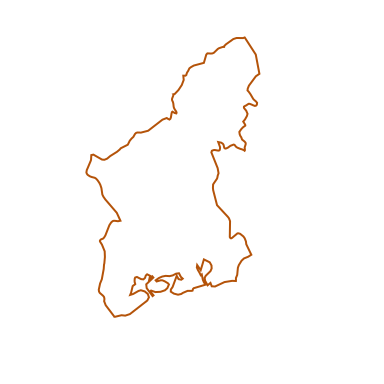 Las Tunas, Equal Earth projection, rotated 140°
{"feature_id": "CUB-1368", "entity_name": "Las Tunas", "entity_type": "Province", "adm_level": 1, "iso_a3": "CUB", "parent_name": "Cuba", "parent_adm1": "", "projection": "equal_earth", "projection_center": [-77.037, 21.068], "detail": "fine", "context": "isolated", "style": "outline", "palette": "amber", "viewbox_px": 384, "rotation_deg": 140, "n_neighbors": 0, "source": "natural_earth", "source_scale": "10m", "svg_char_len": 4242}
<svg xmlns="http://www.w3.org/2000/svg" viewBox="0 0 384 384"><g transform="rotate(140 192 192)"><path d="M215.6,95.6L218.3,98.1L225.0,102.1L235.1,104.8L237.5,107.1L236.3,110.5L240.0,110.5L239.0,115.6L237.5,118.1L235.3,119.0L228.7,119.5L226.1,120.8L224.3,123.2L223.6,126.7L226.2,132.7L235.6,126.5L235.0,132.7L236.8,131.1L237.6,128.5L238.1,125.5L238.8,122.6L237.5,122.6L240.1,117.8L240.9,115.3L241.2,112.3L252.5,117.2L253.5,117.1L255.0,116.1L255.8,116.5L258.9,119.1L263.9,120.6L265.8,120.8L268.7,122.3L271.2,125.8L272.3,129.3L270.9,130.9L267.9,131.7L257.6,137.6L258.3,133.9L256.6,131.7L254.8,131.6L255.1,134.2L254.2,138.1L256.7,139.7L260.4,140.5L263.3,142.0L266.1,144.7L269.2,146.4L272.7,147.4L276.6,147.7L276.6,146.2L272.6,144.4L271.4,143.3L270.3,141.1L269.1,137.6L269.1,136.0L272.7,134.2L275.9,134.1L280.3,135.8L284.4,138.9L286.7,142.8L287.9,142.8L287.9,137.6L289.1,137.6L288.5,147.5L286.4,150.7L276.6,151.3L276.6,152.9L280.4,152.9L278.6,154.3L277.9,154.6L279.3,157.8L281.1,157.7L283.2,156.4L285.4,156.3L287.0,158.0L288.8,162.3L290.5,163.0L291.5,162.5L292.7,161.3L293.8,159.9L294.3,158.7L294.7,157.9L295.8,157.9L297.0,158.1L298.0,158.0L303.4,154.0L305.5,152.9L302.6,151.7L296.6,150.6L294.3,149.6L292.1,146.2L291.4,142.3L292.7,139.0L296.0,137.6L318.1,138.4L322.6,140.2L325.2,142.9L331.2,145.9L331.7,146.4L331.6,146.7L330.9,160.7L329.5,164.8L328.6,165.6L327.8,166.4L326.9,168.0L326.8,169.6L327.5,174.0L327.2,175.5L326.2,177.1L321.2,181.0L317.2,183.1L309.1,189.8L306.1,192.9L305.0,193.7L300.5,198.2L297.0,202.7L294.8,209.6L294.3,213.3L293.7,214.0L292.4,214.2L291.5,214.0L290.4,213.5L288.7,213.6L286.3,214.4L276.6,219.7L273.6,220.6L272.3,220.7L271.2,220.6L270.4,220.2L269.4,219.3L267.5,217.2L265.3,216.0L263.0,224.4L263.2,241.9L262.9,245.3L262.3,247.7L258.9,253.2L257.6,256.5L257.1,258.7L256.8,261.9L256.9,263.9L257.3,265.3L259.3,268.1L260.2,269.8L260.9,272.2L260.8,273.7L260.3,274.9L258.4,276.5L256.7,277.3L249.3,281.1L248.5,281.7L245.4,285.0L243.5,284.0L240.1,274.7L238.4,273.0L235.6,272.1L231.5,272.1L223.6,271.0L220.0,271.0L218.5,271.3L210.8,269.5L206.7,271.3L203.9,271.8L201.5,271.9L198.4,273.1L196.8,273.2L195.6,272.7L192.9,270.3L186.2,267.1L168.1,266.4L163.8,264.9L163.4,263.5L162.7,262.0L161.5,262.0L160.1,262.8L157.2,265.3L156.0,266.1L155.3,266.1L154.5,263.7L153.5,262.3L152.9,262.6L152.4,263.7L152.1,266.4L151.8,267.8L151.3,269.0L149.5,271.7L148.8,273.1L148.4,274.6L148.2,275.2L147.8,275.8L147.1,276.4L144.2,278.0L143.4,278.7L143.4,278.8L142.2,278.2L136.9,278.8L131.1,280.5L126.3,283.2L123.9,286.7L122.2,285.3L121.1,285.3L120.2,286.0L118.9,286.7L116.9,287.3L115.7,287.9L114.5,288.4L112.5,288.3L109.3,287.7L99.9,283.3L92.7,288.1L91.1,288.3L88.4,285.8L87.2,285.0L85.8,284.6L80.3,285.0L78.9,284.8L75.3,283.4L74.1,282.5L73.4,283.1L71.0,283.3L62.0,282.6L58.8,281.3L54.0,277.1L52.3,276.5L52.3,276.4L54.8,256.3L64.4,239.2L68.7,239.6L80.0,236.9L82.8,235.4L84.2,234.1L84.1,232.7L84.2,231.0L84.4,229.0L85.1,225.0L85.3,223.6L85.1,222.0L84.8,220.4L84.8,218.5L86.2,217.2L87.4,217.0L88.5,217.5L89.5,219.3L90.2,220.8L91.1,222.4L91.8,223.1L92.8,223.3L94.9,223.5L95.9,223.8L97.3,224.0L97.9,223.4L98.2,222.6L98.2,219.5L99.2,216.2L101.1,214.9L104.8,213.5L107.5,213.0L108.0,209.4L108.5,208.6L108.9,208.6L111.3,208.8L113.8,208.5L117.1,207.6L118.3,205.7L118.9,204.0L119.1,202.2L119.9,200.1L119.9,199.8L119.5,197.9L119.3,196.8L119.3,195.4L119.7,194.6L120.3,194.0L123.0,192.3L124.3,190.4L124.9,189.8L125.2,189.8L125.2,190.3L125.5,190.9L125.8,191.6L126.5,192.9L127.1,193.7L128.7,196.7L129.1,197.9L129.2,199.0L129.1,200.5L129.3,201.1L129.7,201.6L132.9,202.7L136.0,202.9L137.5,203.3L138.4,203.7L138.8,204.3L138.9,204.9L138.7,205.5L137.5,207.9L137.4,208.6L137.4,209.3L137.9,211.0L139.8,213.4L141.7,208.3L142.9,207.0L144.0,206.3L144.9,206.5L145.7,207.3L147.6,209.6L148.7,210.3L150.2,210.8L151.7,209.9L157.0,193.8L159.6,189.3L161.8,188.0L163.5,186.6L164.4,186.1L169.8,184.6L171.0,184.2L173.4,181.6L174.6,179.8L181.3,165.8L180.5,149.8L180.6,148.1L181.6,145.2L192.0,133.2L192.2,132.3L191.9,131.4L190.8,131.1L183.8,131.1L182.9,130.4L182.0,129.0L181.2,124.9L181.4,122.6L182.5,119.4L184.0,117.1L186.9,105.8L190.6,106.3L194.9,107.7L198.2,107.5L203.1,105.9L205.5,104.5L210.7,99.4L213.6,97.9L215.1,96.1L215.6,95.6Z" fill="none" stroke="#b45309" stroke-width="2"/></g></svg>